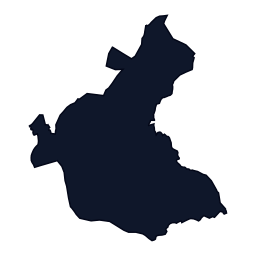 outline of Yamaltu/Deba, Gombe, Nigeria
{"feature_id": "59680162B47339407576735", "entity_name": "Yamaltu/Deba", "entity_type": "district", "adm_level": 2, "iso_a3": "NGA", "parent_name": "Nigeria", "parent_adm1": "Gombe", "projection": "robinson", "projection_center": [11.461, 10.308], "detail": "fine", "context": "isolated", "style": "filled", "palette": "ink", "viewbox_px": 256, "rotation_deg": 0, "n_neighbors": 0, "source": "geoboundaries", "source_scale": "gbopen_adm2", "svg_char_len": 4180}
<svg xmlns="http://www.w3.org/2000/svg" viewBox="0 0 256 256"><path d="M145.9,25.1L144.8,31.9L144.7,32.9L144.1,35.4L142.9,37.5L142.2,38.2L142.1,38.4L141.9,41.5L141.7,44.4L141.6,44.6L135.2,56.2L131.5,58.8L122.7,53.5L112.7,47.3L112.4,47.2L108.8,53.6L106.3,66.0L115.4,69.6L123.0,69.3L120.7,71.8L117.3,75.8L112.3,83.3L108.7,88.1L106.0,90.0L105.4,91.3L103.6,95.6L100.9,95.3L87.1,93.6L79.6,99.1L78.2,99.0L77.9,98.9L76.9,100.3L76.8,100.5L74.7,103.2L74.4,103.1L70.6,104.7L67.1,107.3L65.7,108.9L63.4,111.7L60.2,115.2L55.9,124.8L56.1,128.9L55.6,130.8L55.3,133.7L55.2,134.0L53.0,133.7L50.8,133.5L50.9,133.1L50.8,132.4L50.6,132.0L50.5,131.2L50.2,130.7L50.0,130.2L49.8,130.1L49.5,130.0L49.2,129.9L48.8,129.9L48.9,128.8L48.9,128.6L49.0,127.7L49.6,127.4L48.0,124.8L47.8,125.0L47.3,125.0L46.0,124.7L45.5,124.6L45.3,124.7L42.8,115.0L39.6,114.9L32.6,123.6L31.4,124.8L29.8,125.6L29.5,125.9L29.8,126.1L29.8,126.4L30.0,126.4L29.9,126.7L30.1,126.7L30.3,126.8L30.5,126.8L30.5,126.7L30.8,126.9L31.0,127.2L31.1,127.5L31.1,127.8L31.1,128.0L31.1,128.3L30.9,128.4L30.8,128.5L30.9,128.9L30.9,129.3L31.0,129.4L31.3,129.6L31.4,129.8L31.5,129.8L31.8,129.7L32.0,129.5L32.2,129.3L32.3,129.3L32.5,129.4L32.8,130.0L32.9,130.3L33.0,130.4L33.1,130.6L33.1,131.0L33.2,131.3L33.3,131.7L33.0,131.9L32.9,132.1L33.0,132.5L33.1,132.8L33.2,133.8L34.1,135.1L37.4,133.8L38.1,136.5L38.1,137.0L38.3,138.8L38.4,139.7L38.5,141.0L38.5,141.3L38.3,143.1L38.0,144.7L36.2,146.4L34.7,148.2L33.5,150.1L32.1,153.3L31.4,155.4L31.2,157.7L31.3,160.4L32.1,162.4L33.6,164.7L34.6,167.3L40.8,165.4L57.3,160.6L61.9,166.3L64.2,172.4L65.1,180.7L66.7,186.2L68.6,198.0L70.5,206.7L72.2,208.5L72.3,208.7L74.7,211.9L76.3,214.4L77.7,215.9L78.2,216.5L79.8,218.2L91.1,220.8L99.5,220.0L109.7,221.4L114.9,224.6L123.9,230.2L128.6,232.2L135.9,232.2L142.7,233.8L145.4,235.4L149.0,238.5L152.0,240.6L154.3,239.9L155.4,239.1L155.8,237.2L156.4,235.9L158.8,235.2L162.1,235.0L165.2,234.2L166.8,231.5L166.3,230.5L165.8,229.5L166.1,228.5L167.9,227.0L168.2,225.4L170.0,223.6L172.2,222.7L175.0,222.6L176.4,223.2L178.6,221.9L180.5,221.1L181.4,221.2L181.8,222.6L185.1,220.9L189.1,219.0L190.7,218.5L193.7,218.8L196.4,219.8L198.6,220.9L200.3,219.6L201.3,217.8L202.8,216.5L203.8,215.6L209.4,218.1L212.5,216.6L214.5,217.3L219.9,211.4L222.9,212.0L223.4,213.2L224.0,213.9L224.3,214.0L224.8,213.9L225.3,213.4L226.5,213.1L226.4,212.4L226.2,211.5L226.2,211.1L225.6,210.1L225.4,209.5L225.5,209.0L224.9,208.2L220.1,202.8L218.5,192.8L217.1,191.6L216.5,190.0L211.4,180.9L206.1,175.2L203.0,174.4L197.6,171.5L196.3,171.2L193.8,170.6L193.2,170.4L192.5,170.1L191.9,170.3L190.6,170.2L189.6,170.0L189.0,169.1L187.6,168.9L186.7,169.2L186.3,168.8L185.7,167.9L184.7,167.2L183.6,167.2L182.9,167.1L181.0,166.6L180.3,165.4L178.7,163.8L177.1,162.5L176.4,160.9L177.1,159.4L177.8,159.2L178.8,159.2L179.2,158.6L179.2,158.0L178.4,157.0L177.8,155.8L177.5,154.3L177.9,152.8L177.3,151.1L175.9,150.4L174.4,149.7L172.8,148.8L172.0,148.0L171.4,146.6L171.3,145.2L171.1,142.7L170.4,140.8L169.4,137.9L168.4,136.6L166.6,136.3L165.5,135.1L164.4,134.2L163.2,135.0L162.6,135.5L161.9,133.7L160.6,132.3L159.6,132.1L157.9,132.5L156.2,134.9L155.6,132.4L154.5,130.7L154.4,129.9L154.3,128.0L153.7,125.2L153.9,123.9L153.0,124.2L151.9,124.5L151.2,124.7L150.6,124.9L149.9,125.1L149.0,125.4L148.7,125.5L148.6,125.3L148.8,124.9L148.8,124.4L148.9,124.1L148.9,123.9L149.0,123.6L149.2,123.4L149.4,123.1L149.6,122.7L149.9,122.3L150.2,121.6L150.3,121.0L150.4,120.8L150.7,120.4L152.1,120.3L152.5,120.3L154.4,120.3L154.4,119.7L154.1,119.0L153.9,118.3L153.6,117.5L153.7,115.9L153.4,114.5L153.8,113.9L155.0,110.3L155.4,107.5L156.5,104.1L159.4,103.3L160.1,101.3L161.1,99.1L161.7,98.7L162.1,98.2L162.1,97.7L162.6,97.5L164.0,97.5L165.6,96.9L167.1,96.3L167.9,95.9L168.4,95.7L169.5,95.4L170.4,95.1L171.9,93.6L172.2,91.2L172.6,89.2L172.7,86.7L172.3,84.7L173.2,82.9L173.8,80.9L179.8,75.0L185.6,72.2L190.1,70.3L192.1,69.5L192.5,67.8L192.6,64.8L192.7,62.9L194.1,57.7L192.6,56.4L193.6,54.9L194.5,53.9L194.7,53.6L192.1,51.0L186.0,45.0L184.2,44.1L172.9,38.8L163.6,23.7L164.5,20.9L167.2,15.4L163.6,15.9L159.6,16.2L156.2,17.7L153.9,19.9L151.3,22.4L149.7,24.3L147.9,25.7L145.9,25.2L145.9,25.1Z" fill="#0f172a" stroke="#020617" stroke-width="1.5"/></svg>